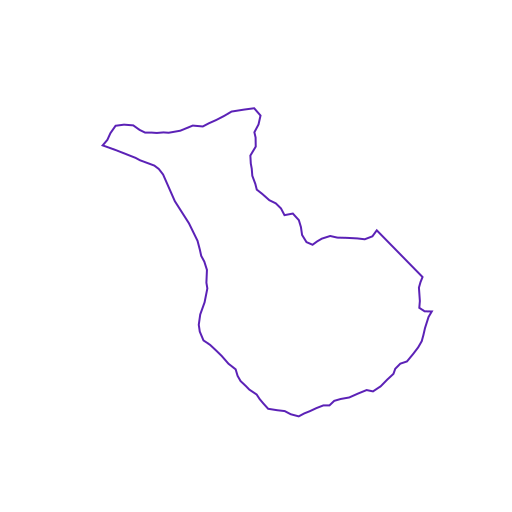 the district of Pedrinhas Paulista, São Paulo, Brazil, rotated 26°
{"feature_id": "56859067B86828708570906", "entity_name": "Pedrinhas Paulista", "entity_type": "district", "adm_level": 2, "iso_a3": "BRA", "parent_name": "Brazil", "parent_adm1": "São Paulo", "projection": "mercator", "projection_center": [-50.812, -22.814], "detail": "fine", "context": "isolated", "style": "outline", "palette": "violet", "viewbox_px": 512, "rotation_deg": 26, "n_neighbors": 0, "source": "geoboundaries", "source_scale": "gbopen_adm2", "svg_char_len": 1609}
<svg xmlns="http://www.w3.org/2000/svg" viewBox="0 0 512 512"><g transform="rotate(26 256 256)"><path d="M198.5,127.8L189.6,124.0L181.3,129.5L170.7,136.9L166.0,144.0L160.4,151.5L155.6,157.2L151.4,162.9L142.0,166.5L133.0,176.6L123.5,183.5L118.6,185.5L112.9,188.9L107.7,191.0L102.2,193.7L96.1,193.7L88.4,192.4L79.8,195.8L72.7,200.5L71.3,209.4L71.5,216.8L69.7,223.8L83.4,222.3L104.7,220.6L109.8,220.8L125.0,219.3L130.5,220.4L136.8,223.5L159.0,242.3L181.4,256.0L196.8,268.0L202.9,275.1L206.7,279.9L212.0,283.7L218.0,290.0L223.1,301.7L226.5,306.5L230.1,320.2L231.5,333.0L234.7,342.9L238.6,348.6L245.8,354.9L253.7,356.0L261.5,358.4L268.8,360.8L278.5,364.9L287.4,366.8L292.0,371.8L297.0,375.2L303.8,377.3L308.5,379.0L317.3,380.2L322.0,383.0L327.2,385.3L333.9,388.0L342.7,385.3L349.8,382.8L356.6,383.0L364.7,381.4L368.4,376.3L372.4,371.9L377.0,366.2L382.0,360.8L387.5,358.1L389.8,351.9L394.9,347.3L401.8,342.3L408.1,334.8L414.2,328.0L420.5,326.4L425.2,318.4L428.2,309.4L431.2,301.7L430.6,296.3L432.9,289.5L437.9,284.6L440.2,275.1L441.8,267.1L442.3,259.9L441.1,253.6L439.5,246.7L437.8,235.1L438.3,228.8L431.8,231.8L425.5,231.0L423.0,224.6L418.9,217.5L416.3,213.0L415.3,207.4L414.9,201.9L353.3,180.0L352.0,187.3L346.4,193.3L339.3,195.8L329.4,200.0L321.1,203.8L313.9,205.5L307.6,211.5L304.6,216.0L301.9,221.1L295.3,221.4L288.2,216.9L283.7,210.3L278.8,205.0L270.5,201.7L263.7,206.8L257.6,202.3L250.7,200.0L243.5,200.0L234.5,197.5L227.6,196.0L223.8,191.5L217.5,185.5L213.9,179.4L210.8,175.2L206.9,168.2L207.8,157.8L203.7,149.7L200.3,145.5L200.6,136.7L198.5,127.8Z" fill="none" stroke="#5b21b6" stroke-width="2"/></g></svg>